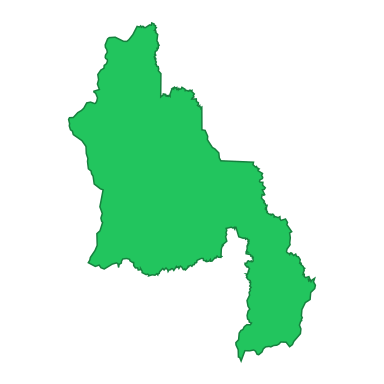 the district of Tarazá, Antioquia, Colombia
{"feature_id": "7082276B33754043012345", "entity_name": "Tarazá", "entity_type": "district", "adm_level": 2, "iso_a3": "COL", "parent_name": "Colombia", "parent_adm1": "Antioquia", "projection": "natural_earth1", "projection_center": [-75.344, 7.488], "detail": "fine", "context": "isolated", "style": "filled", "palette": "green", "viewbox_px": 384, "rotation_deg": 0, "n_neighbors": 0, "source": "geoboundaries", "source_scale": "gbopen_adm2", "svg_char_len": 5965}
<svg xmlns="http://www.w3.org/2000/svg" viewBox="0 0 384 384"><path d="M314.6,278.3L311.6,280.3L311.0,281.5L310.4,280.0L308.8,281.1L308.3,279.2L309.9,279.1L308.9,276.6L305.6,277.6L304.1,276.4L304.3,274.6L303.0,274.6L303.7,273.6L303.2,273.0L304.2,270.2L303.8,269.2L304.7,268.3L303.6,267.7L303.1,266.4L300.8,264.4L301.3,263.9L300.8,262.9L299.7,263.1L300.2,259.6L298.4,256.8L296.5,256.3L295.7,254.1L293.6,255.5L291.7,253.1L291.3,253.6L290.6,253.0L289.8,254.3L289.6,253.6L289.2,253.9L286.9,252.5L286.5,251.5L287.0,249.1L290.1,244.7L289.7,242.9L290.3,237.7L289.6,232.9L291.7,231.7L286.8,224.6L287.5,222.5L285.5,219.0L281.0,220.4L280.1,219.1L279.9,216.7L278.2,217.6L275.2,216.6L274.2,217.0L274.1,215.5L272.8,214.1L271.1,215.1L270.9,214.2L269.4,214.3L266.9,212.5L267.3,211.5L266.6,210.8L266.4,208.7L265.8,209.5L265.3,209.0L266.2,208.2L265.8,207.5L266.6,207.1L267.1,205.3L265.8,205.3L265.0,203.3L263.8,202.7L264.4,201.2L261.5,198.2L262.1,194.6L263.8,195.2L264.7,194.7L262.3,189.8L264.2,189.4L265.3,187.8L262.6,185.2L262.9,182.3L260.2,182.2L259.5,181.5L259.9,179.9L262.4,178.6L262.7,177.3L261.6,175.4L262.5,173.5L258.0,170.7L258.0,169.8L259.1,168.9L256.9,167.7L256.5,166.5L255.4,167.0L253.0,164.7L253.5,162.2L220.8,160.8L219.3,157.9L218.8,152.9L214.9,148.9L212.4,147.5L208.7,141.8L207.4,139.7L207.7,136.3L205.1,130.4L201.9,129.8L201.8,107.4L201.1,108.1L201.2,107.1L199.8,106.8L199.7,105.7L199.1,106.4L197.5,105.4L198.3,104.4L198.4,102.7L196.4,101.6L196.3,98.9L191.7,99.1L192.4,97.8L193.9,96.9L193.3,95.4L194.3,94.0L191.7,91.5L192.0,90.4L190.2,90.9L190.1,90.2L189.3,90.3L188.4,91.2L186.6,90.3L185.2,90.7L185.1,89.3L181.9,87.3L181.2,88.8L179.4,89.3L178.9,88.5L178.3,89.5L178.2,88.9L176.8,89.4L176.9,87.5L175.2,88.0L174.5,87.1L173.3,88.0L173.4,88.8L172.6,88.2L172.1,88.6L172.6,88.8L171.9,89.0L170.1,94.1L170.1,96.2L169.4,95.4L168.6,96.4L167.6,96.3L167.7,95.6L166.2,96.1L166.1,95.1L165.1,94.9L165.3,94.3L163.3,93.9L163.1,95.0L160.7,97.0L160.9,73.6L158.3,70.8L158.7,69.0L158.2,66.6L156.7,66.2L156.2,64.3L155.5,64.0L156.3,62.0L155.5,61.0L155.8,58.5L155.4,58.0L154.8,58.6L154.3,56.7L155.5,55.5L155.0,54.9L155.6,54.8L155.0,53.5L155.3,51.5L156.9,50.5L157.5,49.3L157.0,48.3L158.3,48.1L158.4,45.7L159.0,45.4L158.5,44.7L159.1,44.9L158.0,43.8L158.2,43.1L156.9,40.8L157.7,34.5L155.6,32.5L156.0,32.0L155.5,30.6L154.9,30.5L155.5,30.1L155.0,29.3L156.3,27.6L155.4,27.2L155.5,25.6L154.1,25.1L154.1,24.0L151.7,23.0L151.4,25.2L149.6,24.9L145.5,27.6L143.8,27.5L143.6,26.6L142.8,26.3L141.5,27.3L140.7,25.9L139.5,27.0L137.1,26.4L132.9,34.6L128.9,39.7L126.8,41.4L123.5,41.3L115.2,37.2L109.3,37.6L107.6,38.9L105.2,44.9L105.4,47.3L106.8,49.6L107.3,52.3L105.5,55.1L105.2,57.3L105.7,58.5L107.3,59.5L107.4,61.2L106.5,63.7L104.2,65.4L103.9,68.3L100.9,70.0L97.8,74.5L98.6,79.8L97.4,84.0L99.4,89.5L93.9,91.2L93.9,92.0L95.7,93.3L97.5,97.8L96.7,101.3L95.5,103.3L94.5,103.5L90.5,102.1L86.7,102.9L83.8,108.2L81.4,110.5L77.8,112.6L73.3,117.5L69.5,117.7L68.6,119.4L69.6,123.6L69.3,125.9L70.5,129.8L72.4,131.1L73.3,134.6L81.9,140.6L86.0,146.5L86.3,153.6L87.9,158.5L87.5,161.4L88.4,168.8L91.1,171.0L91.6,173.8L93.1,176.2L94.2,184.0L100.5,188.9L103.1,189.8L99.9,206.8L102.3,213.5L100.9,218.1L101.6,221.1L102.6,222.5L100.0,230.8L96.9,233.6L97.2,245.4L95.0,250.6L90.4,257.4L89.8,260.2L88.3,262.7L95.3,266.4L99.2,265.1L100.9,267.7L104.2,269.0L112.3,264.1L116.5,262.9L117.9,263.8L118.6,267.5L119.1,264.4L121.3,263.1L121.6,260.8L122.9,258.9L126.8,258.5L129.6,259.3L130.0,260.8L132.6,262.5L133.6,262.5L133.7,265.6L135.4,267.9L137.6,267.9L138.2,270.0L140.6,269.7L140.6,268.5L142.1,271.1L142.1,272.6L146.1,274.6L147.7,274.1L148.7,274.9L148.5,275.9L152.2,274.8L155.0,275.2L156.8,273.7L157.8,274.9L158.2,273.7L159.2,273.4L159.6,271.8L162.8,268.5L164.1,270.0L166.0,268.0L167.7,269.8L168.1,271.4L168.9,270.0L170.7,269.7L171.3,268.7L172.6,268.7L173.8,270.4L176.4,266.5L177.0,267.5L178.2,266.8L178.9,268.4L180.3,266.1L181.8,267.1L183.2,269.5L184.0,269.7L184.7,268.9L185.5,269.9L187.5,267.9L188.1,266.4L188.7,266.8L189.1,265.9L190.7,265.4L191.9,266.3L193.1,264.7L194.3,264.6L195.0,262.7L196.0,262.9L196.9,262.0L196.7,260.9L197.3,260.2L201.3,258.4L203.2,258.5L203.5,260.4L205.8,260.9L205.9,262.0L206.4,260.8L206.8,261.6L209.1,261.1L210.3,259.5L210.6,261.2L212.0,261.1L215.1,257.6L215.9,258.1L217.1,256.1L218.2,257.2L220.9,257.4L220.9,256.7L221.7,256.4L221.0,255.8L221.3,249.3L221.7,247.4L223.2,245.3L222.4,245.0L226.8,241.2L225.6,236.6L226.7,234.3L225.9,232.8L226.8,230.4L226.1,228.4L231.3,227.2L232.7,228.0L233.8,227.5L234.7,229.0L235.0,227.2L236.0,227.3L238.8,236.8L243.0,238.2L245.4,238.1L245.6,239.2L247.1,238.5L247.7,239.5L248.9,240.1L248.2,240.7L248.8,241.6L248.0,241.8L248.7,243.6L247.6,244.1L247.8,245.5L247.0,245.9L247.2,248.7L246.5,251.2L247.6,252.0L246.1,252.0L246.1,253.7L250.6,254.7L250.9,256.2L252.3,256.2L253.1,257.3L252.3,257.9L253.0,258.4L253.1,260.9L252.6,261.6L251.5,261.7L251.2,260.9L250.0,261.6L248.3,260.8L247.5,261.3L246.9,263.0L245.0,263.3L245.4,264.0L245.0,264.6L246.5,266.4L247.1,267.1L247.8,266.5L249.5,268.9L248.5,270.4L248.7,271.6L248.2,271.7L247.6,274.1L246.3,274.0L247.2,274.6L246.4,275.5L247.2,276.8L246.5,277.4L248.2,279.6L250.2,280.6L250.6,282.2L249.7,282.3L250.5,283.5L250.5,284.7L249.7,286.0L251.1,287.3L249.7,289.1L250.4,290.6L249.1,292.3L249.6,295.2L247.0,300.6L248.0,306.2L249.8,309.1L248.1,311.1L247.1,315.5L247.6,319.0L249.0,320.1L249.3,322.1L251.5,323.0L250.3,324.8L246.9,324.7L244.3,326.7L242.9,329.5L240.9,330.5L239.2,333.1L238.6,339.7L235.9,342.6L236.0,344.9L238.2,349.7L238.4,357.0L239.7,357.5L241.1,361.0L244.9,350.7L249.8,350.8L253.6,350.0L255.5,351.1L257.1,354.3L258.7,354.7L262.0,352.0L263.3,348.9L265.6,346.9L269.1,346.4L270.8,346.9L273.6,345.5L276.8,345.2L278.9,344.1L280.8,342.0L286.1,342.2L289.6,346.7L292.4,344.6L293.8,341.4L300.4,333.7L300.9,328.9L299.4,325.1L300.7,321.3L301.7,320.6L301.4,319.0L302.3,317.8L301.4,315.9L301.9,309.6L305.3,302.6L310.1,299.5L310.7,292.5L314.7,288.6L315.4,285.2L313.5,281.9L314.6,278.3Z" fill="#22c55e" stroke="#15803d" stroke-width="1.5"/></svg>